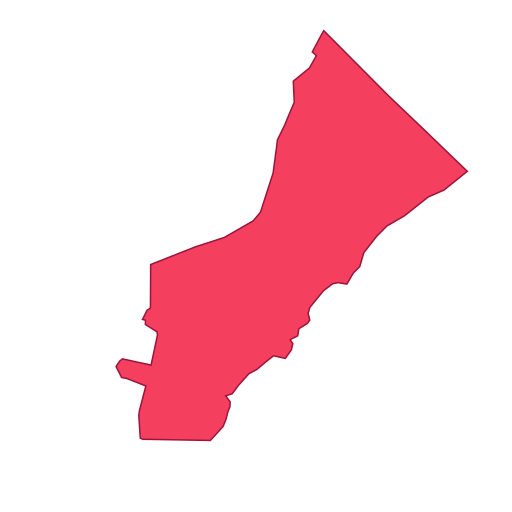 Aj Jabalain, White Nile, Sudan (Albers equal-area conic projection), rotated 222°
{"feature_id": "16777658B9479825368273", "entity_name": "Aj Jabalain", "entity_type": "district", "adm_level": 2, "iso_a3": "SDN", "parent_name": "Sudan", "parent_adm1": "White Nile", "projection": "albers", "projection_center": [32.952, 12.739], "detail": "fine", "context": "isolated", "style": "filled", "palette": "rose", "viewbox_px": 512, "rotation_deg": 222, "n_neighbors": 0, "source": "geoboundaries", "source_scale": "gbopen_adm2", "svg_char_len": 1214}
<svg xmlns="http://www.w3.org/2000/svg" viewBox="0 0 512 512"><g transform="rotate(222 256 256)"><path d="M297.9,132.9L295.2,134.3L292.4,131.1L278.7,133.4L276.2,131.1L261.0,104.7L286.4,90.2L287.0,86.7L286.0,80.2L274.6,75.8L270.3,78.4L250.9,85.7L239.3,63.3L236.5,59.2L231.3,54.1L220.1,43.2L217.4,44.1L211.6,49.2L166.5,88.4L166.4,102.1L166.4,104.1L166.4,107.3L168.9,114.3L172.8,121.8L174.6,126.7L177.6,130.3L184.9,131.8L181.5,137.8L182.5,148.5L182.5,163.7L179.4,172.5L177.9,183.6L176.2,193.6L165.7,199.5L166.9,209.9L170.0,215.5L174.7,216.7L171.6,224.6L175.5,230.7L172.7,240.2L173.1,244.3L178.9,248.3L181.6,253.9L182.6,275.6L180.4,286.8L177.1,291.2L169.7,295.9L170.0,297.5L172.3,308.6L171.8,317.5L178.1,330.6L179.5,351.5L178.8,366.0L177.5,369.9L172.5,385.5L167.5,415.1L160.4,430.9L155.7,460.0L155.6,460.3L214.5,462.3L259.8,463.6L263.5,463.7L264.3,463.7L356.4,468.8L355.7,465.3L350.7,445.3L345.2,445.3L342.1,431.4L345.3,410.9L330.4,395.8L324.5,378.6L322.4,372.9L317.8,356.7L314.3,351.7L298.8,329.1L282.0,291.6L281.6,280.2L292.0,248.5L307.0,222.6L328.6,179.2L302.4,149.8L301.0,148.2L300.0,147.0L299.8,146.8L299.7,146.6L300.0,145.1L300.7,142.8L297.9,132.9Z" fill="#f43f5e" stroke="#9f1239" stroke-width="1.5"/></g></svg>